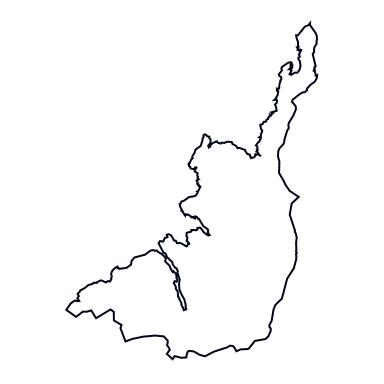 outline of Kvam nor, Hordaland, Norway, rotated 179°
{"feature_id": "86288312B50170416612347", "entity_name": "Kvam nor", "entity_type": "district", "adm_level": 2, "iso_a3": "NOR", "parent_name": "Norway", "parent_adm1": "Hordaland", "projection": "orthographic", "projection_center": [6.141, 60.317], "detail": "fine", "context": "isolated", "style": "outline", "palette": "ink", "viewbox_px": 384, "rotation_deg": 179, "n_neighbors": 0, "source": "geoboundaries", "source_scale": "gbopen_adm2", "svg_char_len": 5973}
<svg xmlns="http://www.w3.org/2000/svg" viewBox="0 0 384 384"><g transform="rotate(179 192 192)"><path d="M118.2,46.3L115.7,51.8L115.7,54.3L117.0,55.8L116.9,57.7L114.7,61.6L112.5,73.2L110.6,77.7L104.0,83.8L98.4,103.6L91.5,114.0L89.0,122.8L88.8,126.6L89.2,128.1L88.3,129.2L89.1,130.9L88.7,131.4L88.8,139.6L88.1,144.4L88.8,148.3L89.9,150.5L89.7,151.5L94.7,167.7L92.5,178.8L85.4,185.2L94.4,191.5L98.7,198.1L99.9,201.1L104.6,209.4L104.1,221.1L105.4,225.9L105.1,230.8L104.1,233.7L99.4,238.8L98.4,243.7L95.7,251.9L94.0,254.3L94.5,256.7L94.0,259.3L89.5,266.5L86.6,272.9L86.9,276.1L90.4,280.4L89.9,282.4L82.7,287.9L79.6,289.7L77.8,289.7L75.2,291.7L75.4,292.7L74.9,293.7L71.8,297.0L67.5,300.0L65.3,303.4L64.8,306.8L66.3,306.3L67.0,310.8L68.2,311.1L67.8,312.4L67.1,312.8L67.5,314.6L66.2,315.5L68.9,327.9L67.4,329.7L67.6,330.9L67.2,334.3L64.8,338.2L64.8,340.8L64.3,342.6L64.6,346.0L65.4,348.4L71.1,356.9L71.0,358.8L72.8,356.7L76.4,355.3L83.2,347.0L85.2,346.8L84.5,343.2L83.3,340.1L83.5,337.3L82.9,335.3L84.3,335.0L83.9,334.6L84.2,334.2L83.6,332.7L83.8,332.2L83.0,332.2L83.2,333.6L82.4,331.7L81.2,332.5L80.3,332.0L82.8,327.5L81.9,326.1L82.1,325.1L83.3,324.4L83.4,323.1L81.9,321.0L81.3,316.3L82.2,312.7L83.6,310.4L85.1,309.3L87.0,309.6L90.8,307.4L91.4,307.6L91.2,308.5L92.2,308.5L90.4,311.6L90.9,312.0L90.6,312.9L91.2,312.9L90.4,314.0L92.2,313.6L89.8,316.0L90.8,316.3L90.2,317.0L91.0,317.0L90.8,317.4L91.7,317.0L90.4,318.4L90.9,318.9L90.6,319.3L91.4,319.5L90.9,319.9L91.3,320.1L93.6,319.6L99.5,315.7L100.5,314.2L100.0,312.0L103.1,308.1L102.7,306.6L101.2,305.6L100.6,304.1L100.9,302.7L101.8,302.0L101.6,301.4L102.8,297.7L103.1,294.0L104.4,293.8L104.7,292.7L105.3,293.3L105.3,291.8L104.2,291.6L104.0,290.7L104.8,287.1L106.0,285.5L105.8,284.8L108.0,282.7L106.1,282.9L105.4,281.8L105.7,279.8L107.5,277.9L106.6,276.0L105.9,271.8L111.1,270.3L109.7,269.5L111.1,268.8L110.3,268.9L111.5,268.1L111.4,267.5L112.1,267.3L112.0,266.8L112.2,266.4L112.2,267.8L112.7,268.0L112.4,266.5L113.8,266.0L114.0,265.0L114.8,264.5L114.8,263.6L116.2,262.9L117.0,260.9L119.0,260.9L120.3,258.7L122.5,258.0L122.7,257.0L122.2,256.4L122.0,253.8L121.1,252.9L120.7,251.4L122.0,248.9L122.3,246.5L123.8,245.5L122.2,245.0L122.9,243.7L122.6,243.6L122.8,242.9L124.4,240.9L123.8,240.9L125.1,240.4L127.3,237.4L125.8,236.2L125.9,234.0L126.4,233.4L125.7,232.8L126.8,231.3L125.9,231.0L124.4,228.3L122.4,226.6L124.4,228.0L125.3,229.6L125.7,229.7L125.8,228.7L126.7,227.9L128.0,228.6L128.6,226.2L129.3,225.6L132.3,224.8L132.8,225.4L132.4,226.0L133.5,227.3L133.6,228.5L136.0,229.0L138.0,232.0L138.2,233.1L144.2,235.4L145.8,235.0L147.0,237.3L150.7,239.3L151.4,241.3L156.2,241.6L158.6,240.5L161.7,240.8L162.5,239.9L165.3,240.9L166.1,241.5L166.1,242.1L167.1,242.0L170.8,240.3L172.4,239.0L173.3,236.7L174.0,236.3L174.3,236.5L173.9,237.4L174.5,236.6L175.0,238.0L172.7,240.8L172.5,244.2L173.8,245.6L173.7,247.0L175.9,247.5L176.8,248.9L178.3,249.4L179.6,248.4L179.7,247.1L179.4,246.8L180.6,244.9L180.5,243.9L182.5,237.9L187.6,234.4L189.1,230.5L190.7,228.4L191.2,226.6L190.7,225.7L192.2,224.6L193.9,220.8L194.7,220.8L195.0,219.7L194.5,219.5L194.5,217.8L193.3,217.1L193.3,216.1L192.4,215.3L189.6,214.8L188.6,216.2L188.4,215.8L186.5,216.8L188.6,214.3L189.0,212.6L186.1,210.7L186.4,208.2L185.7,207.1L186.3,206.1L186.1,205.1L185.1,204.5L187.2,203.3L185.9,200.6L186.7,200.1L185.1,197.9L184.8,198.3L184.4,197.5L184.6,196.6L184.0,197.7L183.5,197.2L185.6,193.1L186.4,192.7L186.1,192.6L186.3,191.5L188.1,188.6L189.8,187.7L195.0,187.0L200.7,183.1L202.6,182.8L203.5,180.9L204.6,180.2L204.1,179.4L204.3,178.0L202.1,173.6L202.6,173.3L201.9,173.0L200.1,169.7L199.3,169.7L199.8,169.3L199.3,168.6L199.2,169.2L196.1,169.4L193.4,167.5L193.2,166.7L191.5,167.2L190.7,166.8L190.9,166.1L189.5,165.4L189.3,165.8L189.9,167.3L188.8,167.6L187.3,166.7L186.6,165.2L185.6,165.1L181.3,157.7L176.8,154.3L176.4,153.0L176.8,152.2L176.5,150.8L176.0,150.2L176.0,149.0L175.3,148.6L176.3,148.2L177.9,149.0L178.3,150.1L179.4,150.1L181.1,151.8L183.9,155.8L185.7,156.3L187.4,155.7L187.2,154.5L188.2,153.7L192.7,154.1L193.4,153.9L193.2,152.9L193.5,152.4L198.0,151.3L198.4,148.1L197.6,147.1L197.5,145.5L198.2,143.0L197.1,142.4L196.7,141.0L195.9,141.0L195.7,140.1L197.0,139.9L197.6,138.2L198.4,137.7L204.5,141.3L208.0,141.1L209.0,143.6L210.7,143.7L213.7,149.1L216.0,150.2L218.0,149.7L217.3,147.3L220.1,146.4L221.7,142.9L224.8,143.5L226.3,141.2L221.5,131.8L219.5,130.9L217.9,127.1L213.0,122.4L212.4,119.7L210.2,116.6L208.8,116.0L207.5,113.0L208.0,111.7L207.9,110.7L207.1,109.4L207.2,107.7L206.5,107.2L205.8,104.6L206.6,100.3L206.3,94.9L204.3,89.7L201.4,84.5L201.0,81.7L200.4,80.7L200.3,76.7L199.8,74.8L202.4,74.0L202.8,76.5L203.6,77.3L204.6,79.8L204.6,81.4L206.6,85.2L207.0,87.0L207.8,87.7L208.0,92.8L209.8,95.3L209.7,97.2L211.8,101.3L210.8,103.2L209.1,102.5L208.3,103.5L208.2,104.6L209.0,106.0L209.1,109.2L209.6,110.7L211.7,112.8L211.8,112.1L212.5,112.1L214.4,115.0L216.0,119.1L219.7,122.6L220.1,123.6L219.6,124.3L219.5,126.1L220.2,127.5L223.5,130.6L227.8,133.2L228.1,134.1L230.4,133.9L231.7,134.6L234.4,134.2L240.2,130.1L250.8,127.5L253.6,124.1L254.3,120.4L258.8,117.3L266.0,116.4L266.8,117.4L267.6,117.2L267.9,118.7L270.8,117.0L273.1,114.6L274.3,111.8L273.7,108.6L274.5,106.8L274.2,106.0L275.6,103.9L277.5,104.4L279.7,103.1L284.4,105.3L288.2,103.7L288.5,103.3L287.9,103.5L288.6,102.8L291.7,103.1L293.1,101.9L297.3,100.7L301.0,97.8L305.6,95.4L305.9,94.3L308.2,92.2L306.9,89.9L308.5,87.8L306.7,85.0L308.6,84.8L310.3,85.6L312.1,84.9L315.3,82.6L319.7,76.3L310.1,69.2L303.3,74.2L298.7,74.2L294.9,75.4L290.1,67.5L275.5,76.0L272.3,73.5L272.3,64.9L264.8,60.3L265.9,57.1L261.1,43.7L254.3,46.1L243.6,48.2L231.5,49.1L222.7,48.1L218.9,43.8L218.9,41.9L219.6,39.2L217.8,36.7L217.0,34.5L220.0,30.6L214.3,25.2L212.3,28.2L205.3,26.4L200.5,26.7L200.2,29.3L199.1,32.4L197.8,33.2L193.0,32.6L187.4,29.2L181.9,27.5L172.6,32.1L159.9,35.9L156.7,37.7L153.6,37.2L152.3,35.8L150.4,32.0L146.1,33.8L139.1,34.0L138.0,34.5L131.7,42.0L121.1,43.7L118.2,46.3Z" fill="none" stroke="#020617" stroke-width="2"/></g></svg>